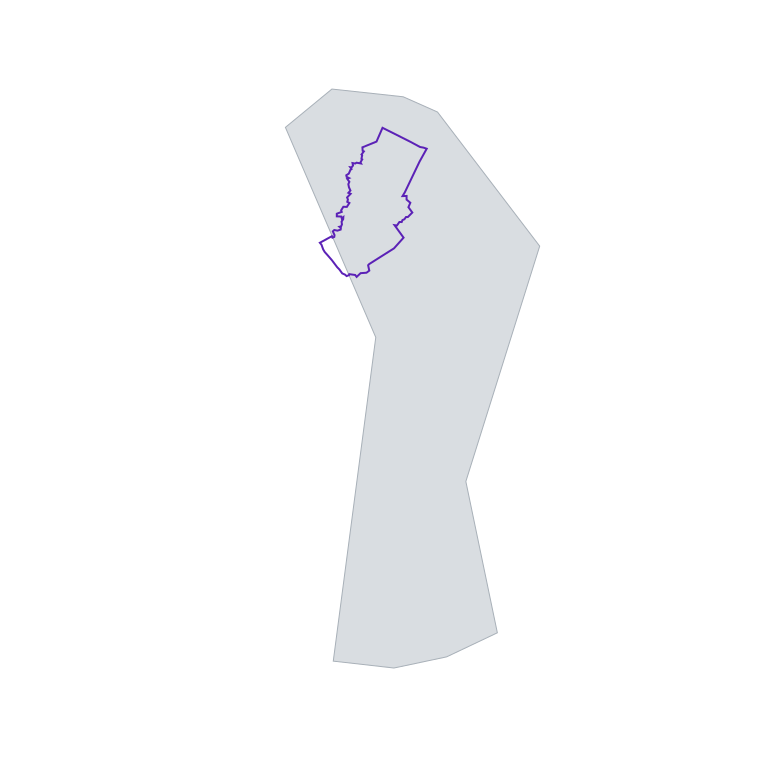 location of Talofofo, Guam, rotated 143°
{"feature_id": "77769853B17205204900927", "entity_name": "Talofofo", "entity_type": "district", "adm_level": 2, "iso_a3": "GUM", "parent_name": "Guam", "parent_adm1": "", "projection": "orthographic", "projection_center": [144.734, 13.336], "detail": "fine", "context": "in_parent", "style": "outline", "palette": "violet", "viewbox_px": 768, "rotation_deg": 143, "n_neighbors": 0, "source": "geoboundaries", "source_scale": "gbopen_adm2", "svg_char_len": 1608}
<svg xmlns="http://www.w3.org/2000/svg" viewBox="0 0 768 768"><g transform="rotate(143 384 384)"><path d="M308.3,648.3L248.1,650.9L195.8,601.8L177.6,569.0L176.7,400.4L377.3,256.9L443.2,117.1L498.2,128.4L547.0,151.2L591.3,193.2L362.5,426.2L308.3,648.3Z" fill="#d9dde1" stroke="#a8b0b8" stroke-width="1"/><path d="M208.3,546.2L210.2,549.0L212.6,551.6L217.1,561.4L231.0,589.5L244.1,582.1L258.8,586.0L260.7,583.1L260.1,581.9L263.9,580.8L263.8,579.8L266.5,577.4L266.2,576.5L269.4,575.2L269.6,573.9L272.8,577.3L274.3,577.4L276.2,579.4L277.3,577.1L279.6,576.5L280.5,577.4L280.6,575.2L282.0,575.2L285.5,573.2L288.5,573.4L289.2,571.9L288.0,569.5L289.9,570.0L290.0,566.3L292.2,565.1L293.6,562.2L294.4,558.7L297.4,558.1L296.2,556.0L301.2,555.2L301.8,553.0L303.7,551.6L302.7,549.4L307.1,547.8L309.8,550.0L313.7,548.5L314.2,546.9L319.2,548.4L320.8,546.3L317.3,543.4L318.1,541.6L316.1,541.7L317.4,540.2L320.2,539.2L321.5,536.8L323.4,535.7L325.0,536.4L324.6,534.5L325.7,533.4L328.9,534.5L331.0,536.9L333.0,536.7L333.9,532.7L335.2,531.4L337.1,531.9L336.7,533.4L350.2,535.4L350.1,532.9L351.6,528.0L351.6,527.8L351.9,525.1L351.5,520.3L351.1,514.2L351.1,505.5L350.7,502.4L350.8,497.5L349.3,494.8L348.9,492.7L346.5,492.0L345.6,492.6L341.4,488.4L341.4,486.0L336.0,486.6L331.0,483.4L327.5,483.4L326.8,485.0L325.2,488.4L323.6,488.7L310.0,487.6L294.4,486.3L280.3,489.1L280.0,504.5L278.3,502.8L274.2,504.1L272.4,502.7L270.6,503.8L268.6,503.3L265.9,504.1L264.5,503.0L258.2,503.9L258.1,510.5L253.9,512.9L255.0,517.7L252.8,520.6L256.1,522.9L251.9,524.6L221.8,540.2L208.3,546.2Z" fill="none" stroke="#5b21b6" stroke-width="2"/></g></svg>